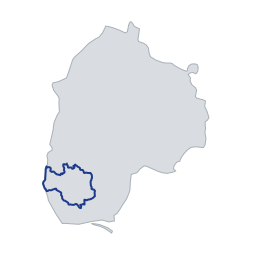 Telšiai highlighted on a map of Lithuania, rotated 275°
{"feature_id": "LTU-936", "entity_name": "Telšiai", "entity_type": "County", "adm_level": 1, "iso_a3": "LTU", "parent_name": "Lithuania", "parent_adm1": "", "projection": "mercator", "projection_center": [22.175, 56.01], "detail": "fine", "context": "in_parent", "style": "outline", "palette": "blue", "viewbox_px": 256, "rotation_deg": 275, "n_neighbors": 0, "source": "natural_earth", "source_scale": "10m", "svg_char_len": 4595}
<svg xmlns="http://www.w3.org/2000/svg" viewBox="0 0 256 256"><g transform="rotate(275 128 128)"><path d="M89.3,179.2L87.8,176.2L86.2,170.8L86.4,166.4L87.3,162.1L91.7,149.2L91.4,147.1L88.2,143.5L84.3,140.9L82.1,135.3L74.1,135.0L66.6,135.3L64.3,135.0L57.1,132.7L50.2,128.9L45.6,126.7L41.7,124.3L39.6,121.6L36.3,122.3L34.0,122.4L34.1,121.9L32.8,117.3L34.1,110.2L31.7,99.9L27.8,87.3L27.5,73.8L27.2,70.8L36.9,63.1L49.1,54.9L51.9,54.2L63.2,49.3L64.7,48.9L74.9,49.8L82.8,51.0L89.6,50.8L93.3,49.6L96.6,50.6L99.3,54.3L102.1,53.9L104.8,51.5L119.9,53.6L123.3,53.6L127.1,53.9L134.2,56.2L138.2,58.2L147.1,57.0L151.0,56.9L153.0,56.1L159.1,50.6L161.8,49.6L164.2,48.6L166.5,49.4L167.9,54.2L172.5,62.3L177.4,63.7L191.1,66.9L193.9,68.5L201.6,75.7L206.2,79.2L209.2,81.9L213.6,87.4L216.2,91.4L220.6,94.3L225.7,96.4L227.5,96.7L227.4,99.5L226.5,104.4L224.8,110.7L223.0,115.5L222.6,117.4L224.0,119.0L230.7,119.7L233.5,120.5L234.1,121.8L232.6,123.5L230.5,124.9L229.5,126.2L227.8,130.8L216.6,130.2L215.1,131.2L214.4,133.4L213.9,135.9L212.4,138.8L209.4,141.4L204.8,142.4L201.0,144.1L198.2,149.5L196.1,156.8L196.1,161.9L196.4,164.7L196.1,166.3L194.7,168.1L192.4,172.8L190.5,178.0L189.7,180.8L190.1,182.1L192.2,182.1L195.3,183.2L197.0,185.2L197.6,187.6L197.6,190.2L197.0,191.6L194.5,192.6L190.7,192.6L188.4,191.4L187.9,190.5L189.0,188.0L188.2,184.9L186.6,183.2L183.4,185.8L180.2,185.8L176.5,188.0L174.0,191.7L171.6,193.1L165.3,192.3L163.7,193.9L162.4,201.3L161.6,202.8L156.3,202.5L151.1,205.4L145.3,207.8L142.4,206.2L140.8,204.3L137.6,204.6L134.2,205.4L131.9,205.0L129.3,205.2L124.2,206.6L117.9,206.2L115.3,204.9L115.0,203.8L115.2,200.9L115.1,196.4L114.1,192.4L111.1,188.9L107.9,186.4L103.9,183.9L100.9,182.8L99.3,182.5L98.9,181.0L98.3,179.7L96.9,178.6L93.9,177.1L91.4,176.8L89.3,179.2ZM24.0,121.4L21.9,120.9L26.0,113.6L27.6,108.9L28.7,102.1L29.7,99.9L29.7,103.0L29.3,108.2L26.7,116.9L24.0,121.4Z" fill="#d9dde1" stroke="#a8b0b8" stroke-width="1"/><path d="M65.0,48.2L66.7,48.3L67.4,48.7L68.7,49.7L69.4,50.0L80.1,49.6L82.4,50.1L82.5,50.2L82.1,50.6L81.8,50.8L81.6,51.1L81.7,51.5L81.9,51.9L82.1,52.4L82.1,53.0L81.9,53.5L81.7,54.1L81.1,54.5L80.6,54.6L80.1,54.6L79.2,54.3L78.7,54.3L78.3,54.5L78.0,55.2L77.7,55.6L77.6,56.0L78.1,56.8L78.1,57.3L77.9,58.0L77.3,58.9L76.7,59.4L75.7,60.9L75.2,64.7L76.5,65.1L76.7,65.3L76.8,65.6L76.5,66.2L76.4,66.7L76.6,66.8L76.9,66.8L77.2,66.8L77.3,67.1L77.4,67.6L77.6,68.1L78.0,68.4L78.5,68.6L79.0,68.6L80.6,67.8L81.9,68.0L82.6,67.9L83.1,67.7L83.4,67.4L83.7,67.1L84.8,66.8L85.6,66.7L86.1,66.8L86.3,67.1L86.4,67.5L86.2,67.9L86.1,68.5L86.2,69.0L86.4,69.4L87.0,70.1L86.4,70.4L86.0,70.5L85.9,70.6L85.7,71.0L85.4,71.2L83.7,71.6L83.4,71.9L83.3,72.4L83.6,73.5L83.7,74.3L83.6,74.8L83.5,75.2L83.3,75.4L82.8,75.8L82.6,76.0L82.6,76.4L82.7,76.8L83.3,77.5L83.6,77.9L84.1,78.0L84.4,77.9L84.7,77.6L84.9,77.3L85.0,77.0L85.3,76.9L85.6,77.2L86.0,77.8L86.3,78.2L86.7,78.4L86.9,78.6L86.8,78.8L86.3,79.0L85.9,79.4L86.0,80.1L85.0,81.4L84.4,82.9L84.1,83.4L83.6,83.7L83.1,83.7L82.5,83.9L82.2,84.3L82.1,84.8L82.3,86.0L82.1,86.6L81.7,87.0L81.2,87.4L80.8,87.5L80.3,87.7L79.9,87.9L79.4,88.3L79.4,88.7L79.8,89.8L79.9,90.4L79.8,91.2L79.7,91.8L79.7,92.4L79.7,92.9L79.9,94.0L79.9,94.5L79.6,94.8L79.3,95.0L78.1,96.0L75.4,96.5L75.0,96.4L74.5,96.2L74.1,96.0L73.2,96.1L72.8,96.0L71.7,95.4L70.8,95.5L67.9,95.9L66.6,96.4L66.0,96.9L65.5,97.0L65.1,97.0L64.6,96.9L64.3,96.9L64.2,97.0L64.0,97.3L63.9,97.7L63.8,98.1L63.7,98.5L63.8,98.9L63.7,99.2L63.6,99.5L62.7,100.4L62.3,100.5L61.8,100.5L61.3,100.3L57.2,100.9L55.3,99.2L54.2,97.6L54.1,97.2L54.0,96.9L53.7,96.5L53.5,96.1L53.4,95.2L53.3,94.9L53.2,94.5L52.5,93.3L52.4,92.9L52.6,92.6L52.6,92.3L52.6,91.9L52.7,91.5L52.8,91.2L52.7,90.9L52.4,90.8L51.8,90.8L51.0,91.1L49.3,91.1L48.8,91.3L48.4,91.3L48.1,91.3L48.0,90.9L48.0,90.6L48.3,90.3L48.4,90.0L48.3,89.7L48.1,89.5L47.9,89.1L47.5,88.4L47.4,88.1L47.4,87.6L47.4,87.3L47.2,87.2L46.5,87.9L46.0,88.1L45.7,88.2L44.2,88.0L44.1,87.6L44.1,87.3L44.3,87.0L44.5,86.6L45.0,86.0L46.9,84.5L47.1,84.2L47.2,83.9L47.7,83.5L47.8,83.1L47.8,82.6L47.6,82.3L47.0,81.3L46.8,80.9L46.7,80.3L46.6,79.7L46.8,77.1L46.7,76.7L46.6,76.3L46.6,75.9L46.7,75.5L47.2,75.2L48.0,75.0L48.4,74.7L48.7,74.2L50.0,71.7L50.2,70.4L51.9,68.7L52.3,68.5L53.7,68.4L54.1,68.3L54.4,68.1L54.8,67.6L55.1,67.3L55.6,67.2L57.3,67.2L57.7,67.0L58.0,66.7L58.9,64.8L59.3,63.7L59.5,63.5L59.7,63.0L59.9,62.3L60.2,62.0L60.5,61.9L60.9,61.8L61.2,61.7L61.3,61.4L61.1,60.8L60.1,58.3L59.9,58.0L59.5,57.4L59.3,56.9L59.2,56.2L59.2,54.9L59.0,54.3L58.7,53.9L58.4,53.7L58.2,53.3L58.1,52.9L58.2,52.4L58.5,52.1L59.8,51.4L60.3,51.0L60.4,50.4L61.0,50.1L65.0,48.2Z" fill="none" stroke="#1e3a8a" stroke-width="2"/></g></svg>